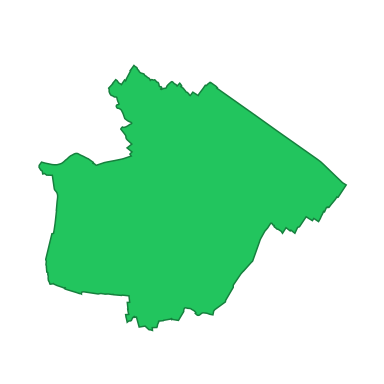 Teylingen, Zuid-Holland, Netherlands (Albers equal-area conic projection), rotated 83°
{"feature_id": "6326949B97280521048387", "entity_name": "Teylingen", "entity_type": "district", "adm_level": 2, "iso_a3": "NLD", "parent_name": "Netherlands", "parent_adm1": "Zuid-Holland", "projection": "albers", "projection_center": [4.511, 52.217], "detail": "fine", "context": "isolated", "style": "filled", "palette": "green", "viewbox_px": 384, "rotation_deg": 83, "n_neighbors": 0, "source": "geoboundaries", "source_scale": "gbopen_adm2", "svg_char_len": 5767}
<svg xmlns="http://www.w3.org/2000/svg" viewBox="0 0 384 384"><g transform="rotate(83 192 192)"><path d="M305.2,172.3L303.5,171.7L291.7,162.7L289.5,162.4L279.3,153.5L276.7,150.6L276.8,150.5L268.8,141.4L268.4,140.7L267.9,140.2L249.5,131.0L248.9,130.8L246.8,129.6L239.8,124.5L236.9,121.3L232.6,117.7L232.6,117.2L232.8,116.6L233.0,116.3L233.7,116.2L234.1,116.1L234.5,115.7L235.2,114.7L235.3,114.5L235.6,114.5L236.2,114.8L236.7,114.5L237.8,113.3L239.0,112.4L239.4,111.6L239.6,110.8L239.8,110.6L240.4,110.1L241.5,108.6L242.2,108.1L244.0,107.2L238.9,103.0L240.7,101.2L242.6,99.3L241.9,98.5L245.5,94.9L242.1,92.8L240.0,91.5L239.9,91.2L239.7,89.9L239.5,89.5L230.5,81.7L233.0,78.7L233.5,78.0L235.1,76.0L233.1,74.3L236.8,70.0L234.0,67.9L231.9,66.7L229.9,65.3L227.3,63.7L227.9,62.9L224.0,60.6L223.9,60.5L223.4,59.6L224.1,59.0L223.5,58.2L223.8,57.8L221.4,55.5L217.0,50.8L214.6,48.8L214.9,48.6L215.1,48.3L215.0,47.6L203.8,38.1L201.5,41.0L200.7,41.8L194.6,46.8L180.5,58.2L177.8,60.5L174.8,63.6L142.3,99.5L124.3,119.1L92.6,154.0L91.8,154.8L91.7,154.7L91.6,154.4L91.5,154.2L90.0,155.3L85.8,159.9L86.0,160.3L86.0,160.5L85.8,160.6L85.4,160.8L86.9,163.3L88.1,164.7L87.7,165.4L87.7,165.6L87.7,165.8L90.6,168.4L95.6,173.2L96.5,173.7L97.0,174.1L93.0,179.0L96.1,182.0L95.6,182.7L94.5,183.1L92.8,184.3L92.5,184.6L92.2,185.5L90.4,186.5L89.1,187.4L88.0,187.9L87.5,188.7L86.5,189.6L86.1,190.2L85.5,189.3L84.1,189.9L82.5,190.9L85.0,193.9L83.4,194.8L82.3,196.4L80.4,197.8L80.1,198.3L80.0,198.5L80.1,198.8L80.3,199.4L81.8,201.6L82.8,202.9L83.6,203.8L85.3,204.8L85.6,205.1L85.7,205.3L85.8,206.0L85.7,207.2L85.8,207.6L85.9,208.0L86.2,208.9L86.3,209.4L86.5,210.0L86.3,210.3L86.1,210.5L84.8,209.4L84.6,209.3L83.7,209.9L83.6,210.3L83.6,211.0L82.9,211.6L82.6,211.7L81.4,211.7L80.2,211.9L79.6,212.1L78.9,212.6L78.6,213.5L78.4,213.7L76.6,214.8L76.1,215.4L76.1,215.7L76.3,216.2L76.3,216.5L75.7,217.6L75.5,218.5L75.5,218.9L76.1,219.8L74.6,220.3L73.8,220.8L72.9,222.2L71.6,223.2L70.9,224.3L70.8,224.5L69.2,225.2L69.0,225.3L68.4,226.5L67.9,227.8L67.3,228.7L66.7,229.3L65.8,229.9L65.0,230.0L63.5,231.2L62.6,231.3L61.8,231.6L61.5,231.9L60.3,233.4L59.3,234.2L64.0,238.6L64.3,238.2L71.8,243.4L72.0,243.4L73.5,244.3L73.1,244.5L72.5,245.2L76.8,249.0L76.2,249.5L75.8,250.1L75.1,251.1L74.8,251.4L74.5,251.6L73.2,252.3L72.4,252.7L71.2,254.0L74.6,257.6L75.0,257.5L78.8,262.1L80.1,261.7L82.2,262.0L83.4,261.8L85.1,261.2L85.9,260.7L86.3,260.4L86.7,259.3L88.2,257.5L88.3,257.2L88.4,256.2L88.7,255.3L88.9,255.2L89.3,255.1L91.3,254.9L93.2,254.5L95.8,253.7L96.0,253.9L96.2,254.3L96.3,254.6L96.3,255.7L96.7,256.3L97.2,256.6L97.6,256.7L98.1,256.7L98.9,256.4L99.2,256.3L99.7,255.8L99.8,255.6L100.1,254.4L101.2,252.9L102.2,252.1L105.7,250.9L110.8,249.8L111.5,249.3L111.9,248.8L113.4,247.3L114.6,245.6L115.2,244.3L115.9,243.6L116.3,243.4L116.5,243.5L116.9,243.9L117.5,245.7L118.7,248.0L119.5,250.4L119.5,250.9L119.5,252.5L119.0,253.2L120.3,254.7L120.9,255.0L124.2,253.0L127.5,251.1L128.3,250.9L129.2,250.8L129.6,250.9L130.1,250.9L131.1,250.7L132.5,249.8L137.1,245.9L140.1,250.7L140.1,250.8L140.3,251.1L144.9,246.7L146.8,249.0L148.9,247.9L150.6,256.2L150.8,257.7L151.4,265.1L151.9,272.9L152.0,273.8L152.1,275.3L153.1,280.2L153.8,283.6L153.6,284.0L153.2,284.5L152.2,285.3L151.4,286.8L150.6,286.3L146.3,291.0L145.6,292.3L143.3,295.6L141.8,298.1L140.0,300.6L139.7,301.4L139.6,302.2L139.6,303.2L139.9,304.4L140.7,306.3L141.2,307.8L141.5,308.4L142.2,309.6L144.2,312.3L144.7,313.2L144.9,313.6L146.4,315.6L147.5,317.5L147.9,318.7L148.2,320.4L148.5,322.7L148.4,323.6L148.2,325.3L147.7,327.6L145.4,334.3L144.0,337.7L146.9,340.4L148.8,340.8L151.9,339.4L152.0,339.2L152.5,338.4L154.0,338.0L155.7,338.0L156.0,337.9L155.6,336.3L157.2,334.5L157.5,334.3L158.4,328.6L172.2,328.3L173.0,328.1L173.7,327.7L174.9,326.9L176.2,326.2L177.7,325.9L178.8,325.8L180.0,325.9L181.3,326.1L185.3,327.1L191.9,328.5L193.7,328.9L193.8,328.7L206.1,331.6L213.4,333.6L216.2,334.5L216.3,335.1L216.3,336.1L240.8,345.3L241.4,345.4L242.8,345.1L243.3,345.1L246.3,345.8L246.7,345.8L247.9,345.5L248.7,345.7L249.7,345.7L253.7,345.9L253.9,345.8L254.0,345.7L254.1,345.2L254.3,345.0L255.5,345.0L256.5,345.2L257.4,345.0L257.7,344.9L260.2,345.3L262.4,345.3L264.0,344.6L265.8,344.3L265.8,344.2L266.2,344.0L266.2,341.2L266.0,340.8L266.5,340.4L268.3,337.5L270.8,332.3L271.7,330.8L271.4,330.2L271.5,329.6L272.5,330.1L272.9,329.4L273.0,329.4L273.8,327.7L277.8,318.7L278.8,316.7L278.7,316.7L279.4,314.8L279.8,314.2L279.3,314.2L277.9,313.4L277.8,312.8L277.9,311.5L281.8,297.5L281.7,296.9L281.6,294.8L282.0,293.4L282.4,291.9L282.7,291.0L282.8,290.6L282.9,289.2L282.8,289.3L282.8,289.0L283.0,287.5L284.0,283.9L284.0,283.5L283.9,282.9L284.3,282.8L286.1,274.4L285.8,273.9L287.4,267.2L293.9,267.3L293.7,269.7L299.2,269.8L300.4,269.7L300.4,270.1L303.2,270.0L305.8,269.7L305.6,272.8L307.3,272.7L308.0,272.8L308.8,272.6L313.4,272.2L313.0,271.6L312.5,270.6L312.3,269.8L312.5,269.1L312.4,268.6L312.1,267.8L309.4,266.2L309.4,265.4L308.9,265.2L308.5,264.7L308.5,264.4L308.6,264.2L309.4,264.2L309.4,262.4L319.6,260.9L319.4,254.9L322.5,252.3L323.5,251.4L323.8,249.8L324.6,248.1L321.8,248.0L322.2,243.4L321.0,242.8L319.3,242.3L317.0,240.9L316.8,240.9L316.6,241.0L316.1,240.7L316.2,236.1L315.9,235.9L315.5,228.4L315.7,228.2L315.2,228.2L315.1,227.7L315.4,227.5L316.0,227.3L317.8,221.1L309.7,214.8L308.7,214.7L307.7,214.4L307.2,214.2L306.5,213.7L306.3,213.4L306.2,213.1L306.1,212.7L306.2,212.4L306.4,211.7L306.9,210.6L307.3,208.5L307.6,207.5L308.2,207.0L310.2,204.3L311.5,203.3L312.1,202.9L312.9,203.6L314.7,202.0L314.8,201.8L315.1,201.3L315.2,200.4L315.1,199.8L315.0,199.5L314.0,197.9L313.4,196.7L313.3,196.4L313.3,195.5L314.0,192.5L314.3,191.6L315.4,189.5L315.9,188.2L316.5,186.2L313.2,185.1L312.6,184.8L312.0,184.2L311.4,183.4L305.2,172.3Z" fill="#22c55e" stroke="#15803d" stroke-width="1.5"/></g></svg>